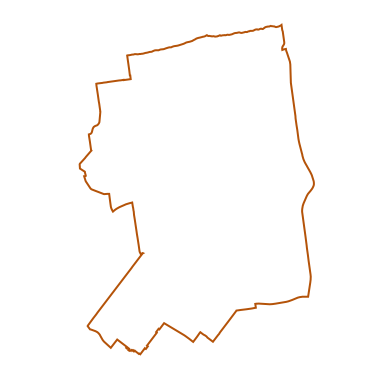 outline of Stirling, Western Australia, Australia, rotated 82°
{"feature_id": "25037944B32793785148952", "entity_name": "Stirling", "entity_type": "district", "adm_level": 2, "iso_a3": "AUS", "parent_name": "Australia", "parent_adm1": "Western Australia", "projection": "albers", "projection_center": [115.812, -31.89], "detail": "fine", "context": "isolated", "style": "outline", "palette": "amber", "viewbox_px": 384, "rotation_deg": 82, "n_neighbors": 0, "source": "geoboundaries", "source_scale": "gbopen_adm2", "svg_char_len": 5771}
<svg xmlns="http://www.w3.org/2000/svg" viewBox="0 0 384 384"><g transform="rotate(82 192 192)"><path d="M311.8,141.4L314.0,130.6L314.1,129.3L314.2,127.7L314.2,124.7L313.9,114.0L313.7,112.0L313.4,110.4L312.8,107.6L311.5,102.6L311.3,101.7L311.2,100.8L311.1,99.8L311.1,98.8L311.1,97.8L311.1,96.8L311.3,95.9L311.9,91.6L298.2,87.5L295.2,86.7L294.5,86.6L292.4,86.2L290.1,86.1L288.8,86.1L283.0,86.1L276.2,86.1L270.8,86.0L263.4,86.0L260.5,85.9L251.5,85.8L226.9,85.7L225.5,85.5L224.1,85.2L221.6,84.4L221.0,84.2L219.6,83.5L218.8,83.1L212.1,79.0L211.3,78.4L210.6,77.9L209.9,77.3L209.0,76.3L207.5,74.6L205.5,72.6L204.6,71.9L203.7,71.3L202.7,70.7L201.7,70.3L200.6,70.1L199.5,70.0L198.3,70.0L197.6,70.1L192.2,71.0L190.8,71.4L188.7,72.1L178.8,76.0L177.6,76.4L176.1,76.8L175.0,77.1L172.9,77.4L171.4,77.6L170.3,77.6L168.9,77.8L159.2,78.9L156.7,79.1L154.2,79.2L145.3,79.1L140.5,79.2L135.6,79.2L133.5,79.2L131.2,79.0L97.6,78.9L95.8,78.7L80.3,77.0L79.4,76.9L77.6,76.9L76.6,76.9L74.9,77.2L68.3,78.4L67.2,78.6L65.5,79.0L64.6,79.1L63.4,79.1L63.5,80.6L63.7,82.0L63.9,82.8L63.0,82.8L62.3,82.7L61.2,82.4L60.5,82.0L59.0,80.7L58.4,80.3L57.8,80.0L57.1,79.9L56.5,79.8L46.1,79.8L45.5,79.8L44.8,80.0L44.1,80.1L39.0,80.1L39.5,81.0L40.2,83.2L40.4,85.5L40.4,85.8L40.2,86.3L39.6,87.3L39.4,87.7L39.4,88.0L39.3,88.4L39.1,89.0L38.7,90.7L38.5,90.9L38.6,91.4L38.9,92.7L38.7,93.9L38.8,94.3L38.8,95.4L39.0,96.4L39.2,96.9L39.4,97.2L39.7,97.6L39.8,98.0L40.0,98.4L40.2,98.6L40.4,99.0L40.4,99.3L40.4,99.8L40.0,100.5L39.9,101.0L39.9,101.6L40.4,103.3L40.4,103.9L40.4,104.1L40.1,104.6L39.9,105.8L40.0,106.4L40.2,107.4L40.3,107.6L40.5,108.1L40.8,109.0L40.8,109.3L40.8,110.0L40.5,112.0L40.7,112.4L40.8,112.7L40.8,113.2L40.8,113.8L41.2,115.0L41.2,115.8L40.9,116.8L40.9,117.0L41.1,117.9L41.4,120.7L41.1,121.8L40.8,122.4L40.6,122.8L40.5,123.2L40.5,123.5L40.7,125.8L40.6,126.4L40.6,127.2L40.7,128.1L41.4,130.6L41.6,133.2L41.6,133.5L41.2,134.8L41.2,135.4L41.4,136.3L41.4,136.8L41.4,137.4L41.2,137.7L41.2,138.1L41.2,138.4L41.1,139.9L41.3,141.6L40.9,142.0L40.7,142.7L40.7,143.0L41.1,143.7L41.2,144.3L41.2,144.7L41.4,145.3L41.4,145.6L41.4,146.7L41.3,147.6L40.7,149.0L40.7,150.5L40.6,150.8L40.5,151.0L40.4,151.3L40.3,151.6L40.2,152.2L39.9,152.8L39.8,153.6L39.8,154.2L39.6,154.5L39.4,154.8L39.0,155.1L38.9,155.2L38.8,155.5L38.8,155.8L39.1,156.2L39.5,157.2L39.7,158.1L39.8,159.1L39.8,160.0L39.9,160.4L40.0,160.8L40.0,161.5L40.1,161.9L40.2,163.1L40.3,164.4L40.5,165.5L40.6,166.1L40.8,166.7L41.1,167.2L41.7,168.9L42.1,170.0L42.4,170.6L42.5,171.1L42.9,173.4L43.0,175.3L43.1,176.4L43.2,177.0L43.8,178.7L44.1,179.8L44.4,181.6L44.7,183.4L45.0,185.2L45.1,186.4L45.1,189.4L45.3,190.6L45.4,191.2L45.8,192.4L45.8,192.9L45.7,193.6L45.6,194.2L45.7,195.4L46.1,197.8L46.5,199.6L46.6,200.2L46.5,203.3L46.6,203.9L46.9,205.0L47.0,205.6L46.8,206.8L46.6,207.9L46.6,208.5L46.6,209.2L46.7,209.7L47.0,210.9L47.4,212.0L47.5,212.6L47.5,213.2L47.4,214.4L47.7,216.3L47.8,217.6L47.8,218.7L48.1,220.6L48.2,221.8L48.1,223.1L48.2,223.7L48.1,224.2L48.0,224.8L48.1,225.4L48.1,226.0L48.1,226.6L47.7,228.3L47.6,228.9L47.5,229.5L47.7,230.7L47.6,232.5L47.7,233.1L47.8,234.9L47.7,236.6L47.8,237.2L62.9,237.2L67.9,237.3L68.0,236.9L71.7,237.0L71.7,244.1L71.4,244.1L71.4,244.4L71.5,246.8L71.4,248.6L71.4,256.5L71.4,260.4L71.5,261.1L71.4,264.5L71.5,265.4L71.4,270.3L71.5,271.7L73.1,271.8L82.7,271.7L89.4,271.7L89.7,271.7L91.7,271.6L98.2,271.6L98.7,271.6L99.4,271.7L99.5,271.6L99.8,271.6L102.0,272.1L109.2,273.8L110.2,274.1L110.6,274.4L110.8,274.5L111.0,274.6L111.5,275.1L112.1,275.7L112.5,276.3L112.7,276.6L113.2,278.8L113.7,279.8L113.8,280.1L114.3,280.6L115.1,281.2L116.0,281.7L118.5,282.7L119.2,283.1L119.6,283.4L120.1,284.0L120.3,284.5L120.5,285.4L120.6,286.1L121.1,286.1L121.5,286.2L122.3,286.2L127.9,286.1L134.9,286.1L136.3,286.1L136.5,286.0L137.0,285.8L137.4,286.4L138.2,287.3L142.5,292.2L143.6,293.3L148.4,299.1L149.0,299.4L153.2,299.7L157.0,295.3L157.8,295.3L158.8,295.2L161.0,294.9L161.4,295.1L161.4,296.6L166.3,295.8L166.9,295.6L167.5,295.3L174.0,292.2L174.7,291.8L174.9,291.6L175.5,290.9L177.8,286.8L180.0,282.8L181.4,280.3L181.7,279.8L181.9,279.2L181.9,278.9L182.1,275.7L182.2,275.0L182.3,274.3L190.9,274.4L195.3,274.4L196.8,274.2L197.6,274.0L199.2,273.5L200.4,273.0L199.2,271.1L198.7,270.2L198.1,269.0L197.3,267.0L196.9,265.9L196.7,265.2L195.5,260.9L195.0,259.2L194.4,255.4L194.1,252.7L198.8,252.6L199.4,252.5L202.3,252.5L202.5,252.5L203.1,252.4L204.9,252.5L206.6,252.6L210.9,252.5L223.2,252.4L225.9,252.4L229.9,252.3L237.6,252.2L239.8,252.2L243.3,252.2L244.2,252.1L246.3,251.4L245.6,249.3L245.8,249.0L246.0,249.5L250.5,254.1L257.6,261.3L258.9,262.5L266.7,270.4L282.2,286.1L298.3,302.4L299.8,303.8L303.1,307.2L310.0,313.9L310.3,314.0L313.8,312.1L314.1,311.3L314.6,310.3L316.1,307.5L316.4,306.9L317.0,306.1L317.5,305.4L318.1,304.8L319.0,304.1L319.8,303.6L320.7,303.1L321.4,302.9L325.5,301.3L326.2,301.0L327.7,300.1L328.6,299.4L335.0,294.1L327.7,286.6L335.6,278.8L336.3,278.1L337.1,278.9L337.7,278.4L336.9,277.6L338.4,276.1L339.2,276.9L339.4,276.7L339.7,277.0L340.5,276.2L339.9,275.5L340.8,274.6L340.2,274.1L340.0,273.7L340.9,272.8L340.4,272.3L340.6,272.1L341.1,272.6L341.8,271.8L341.3,271.3L341.5,271.1L341.2,270.7L341.9,270.1L344.9,267.2L344.6,266.8L345.5,265.8L340.3,260.6L340.5,260.5L340.3,260.3L341.0,259.5L338.7,257.2L337.9,258.0L326.4,246.4L325.7,247.0L322.8,244.1L323.5,243.4L318.0,237.9L329.7,223.4L332.7,219.7L333.7,218.6L336.8,215.4L339.9,212.4L340.6,211.7L336.1,207.2L332.1,203.5L332.0,203.2L332.3,203.0L334.7,200.6L335.1,200.1L335.7,199.2L337.1,197.7L337.6,197.4L338.2,197.1L343.2,192.1L342.8,191.7L337.4,186.2L336.1,184.7L335.2,184.1L324.6,173.4L323.0,171.8L315.9,164.7L315.6,164.5L315.6,160.1L315.7,154.9L315.7,154.2L315.7,153.8L315.7,149.3L315.5,144.9L311.6,144.9L311.6,143.6L311.8,141.4Z" fill="none" stroke="#b45309" stroke-width="2"/></g></svg>